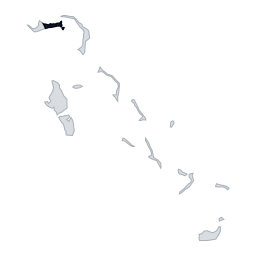 East Grand Bahama on a map of The Bahamas (Robinson projection)
{"feature_id": "BHS-5012", "entity_name": "East Grand Bahama", "entity_type": "District", "adm_level": 1, "iso_a3": "BHS", "parent_name": "The Bahamas", "parent_adm1": "", "projection": "robinson", "projection_center": [-78.023, 26.67], "detail": "fine", "context": "in_parent", "style": "filled", "palette": "ink", "viewbox_px": 256, "rotation_deg": 0, "n_neighbors": 0, "source": "natural_earth", "source_scale": "10m", "svg_char_len": 3810}
<svg xmlns="http://www.w3.org/2000/svg" viewBox="0 0 256 256"><path d="M66.9,99.2L66.9,103.7L67.2,107.1L66.9,108.3L63.4,110.6L62.5,111.8L59.2,113.1L57.2,114.9L56.2,112.0L54.3,110.2L54.0,107.2L52.5,108.2L50.4,107.6L46.8,105.3L44.6,102.1L47.7,101.6L48.4,103.5L50.8,101.2L50.3,99.9L49.8,99.7L49.0,97.4L52.7,91.3L53.5,87.3L51.9,81.0L53.4,80.6L57.6,82.8L59.5,85.0L59.5,88.0L61.3,90.3L63.8,95.9L66.9,99.2ZM69.7,116.3L69.8,117.2L66.6,119.6L68.9,121.3L71.1,117.6L72.8,120.6L73.8,126.2L73.6,127.1L73.8,128.0L74.2,129.0L74.2,130.6L72.5,135.5L66.1,135.0L65.9,130.9L64.9,130.1L63.5,124.2L61.5,122.3L58.7,117.5L60.3,116.2L62.4,116.6L63.5,116.0L66.5,115.6L68.3,114.9L69.7,116.3ZM220.3,231.1L219.2,233.8L215.8,239.1L208.2,240.4L199.7,240.6L199.1,239.2L198.9,237.9L199.5,236.0L199.4,235.2L199.0,234.4L202.1,233.6L204.1,231.1L207.3,230.7L211.3,232.4L213.5,232.5L216.7,230.6L219.2,226.5L220.7,227.1L220.3,231.1ZM83.6,54.2L82.9,54.6L80.1,50.8L77.9,49.7L81.4,47.1L82.9,44.8L82.9,39.8L83.7,37.1L83.4,34.7L84.2,32.3L83.1,29.6L80.2,27.4L74.4,18.9L65.2,16.8L60.5,16.7L63.1,15.4L65.5,15.5L69.2,16.3L73.6,16.7L76.3,19.3L78.9,22.6L81.3,23.9L82.2,24.8L82.1,25.8L82.5,26.7L85.6,28.2L88.7,30.7L89.6,38.1L85.4,41.6L84.7,52.3L83.6,54.2ZM42.8,23.3L46.7,24.4L48.8,24.3L50.1,23.5L55.8,23.8L60.5,22.7L61.2,24.7L61.0,25.7L51.2,26.7L42.1,29.6L37.1,31.6L34.8,31.9L33.0,30.8L27.0,24.8L28.6,25.4L33.0,28.8L35.8,28.2L38.3,25.9L38.7,24.2L38.4,23.4L39.5,20.7L42.8,23.3ZM102.2,69.9L107.5,74.1L112.1,75.7L117.0,81.0L119.1,82.9L119.5,84.6L118.7,92.5L117.6,97.2L117.8,101.3L116.6,100.1L115.4,97.4L113.5,95.8L112.9,95.0L116.3,94.8L116.6,90.6L118.3,87.2L118.0,83.7L114.0,79.8L111.2,76.4L107.0,75.4L103.1,72.0L100.8,71.6L98.0,72.2L99.0,70.1L99.7,67.5L100.2,67.0L102.2,69.9ZM161.0,167.2L160.8,168.2L156.7,160.7L151.5,158.8L148.6,157.0L149.2,156.0L151.2,155.6L151.5,153.2L150.7,150.6L147.9,145.4L146.4,141.9L145.7,141.1L145.5,138.1L148.7,142.7L150.1,146.8L152.2,150.7L153.7,157.6L157.8,159.9L160.8,163.2L161.0,167.2ZM181.7,192.7L179.4,193.9L179.9,191.9L184.3,188.6L186.6,185.7L188.0,184.7L188.5,183.9L190.4,182.8L191.3,181.0L191.1,179.4L189.1,176.9L189.1,175.2L189.8,173.9L193.1,173.3L192.2,175.2L193.6,180.6L189.2,187.2L185.4,189.3L181.7,192.7ZM145.6,118.2L145.9,120.1L143.7,119.7L140.5,120.5L139.3,120.5L140.1,119.2L142.3,117.4L142.4,115.7L139.6,113.3L136.4,107.3L134.9,105.8L134.2,103.6L131.5,101.1L132.1,99.8L132.6,99.5L134.4,100.1L138.6,108.8L138.8,109.7L145.6,118.2ZM219.4,184.7L221.4,185.2L222.5,185.2L226.3,186.3L228.5,187.8L229.0,188.5L227.8,189.9L224.4,187.2L221.4,186.9L217.2,187.0L215.5,186.5L216.6,183.7L219.4,184.7ZM186.4,173.6L187.1,174.3L185.1,175.8L180.4,173.9L179.4,174.1L178.4,172.1L178.1,170.6L178.3,169.3L181.1,170.3L182.6,172.2L186.4,173.6ZM79.7,87.7L76.1,88.4L73.5,87.7L72.8,87.0L73.9,86.0L76.4,85.1L80.3,85.1L82.0,86.1L82.3,86.5L79.7,87.7ZM134.2,146.3L132.9,146.6L130.5,145.6L124.8,141.0L122.2,140.6L123.0,138.0L125.0,138.9L129.6,142.9L131.3,144.8L134.2,146.3ZM174.1,123.1L171.5,127.2L170.2,126.9L170.9,121.8L172.7,120.9L173.4,121.0L174.1,123.1ZM223.8,219.3L219.4,221.1L219.0,219.0L221.2,217.2L223.8,219.3Z" fill="#d9dde1" stroke="#a8b0b8" stroke-width="1"/><path d="M43.4,23.9L44.6,24.4L45.3,24.2L46.8,24.6L48.4,24.9L49.5,24.9L49.9,24.2L50.6,23.9L51.6,24.4L52.2,24.5L53.3,24.0L54.9,24.2L55.9,23.9L56.9,23.4L57.5,23.3L59.6,23.3L60.1,23.0L60.4,22.6L60.6,22.1L60.9,21.7L61.4,21.5L61.5,22.2L61.3,23.0L61.2,23.7L61.8,25.1L61.8,25.8L61.5,26.4L61.0,26.7L60.7,26.6L60.2,26.1L59.9,25.9L59.5,25.8L57.4,25.9L55.5,26.4L51.0,27.3L49.3,27.3L45.5,28.3L44.4,25.8L43.4,23.9ZM63.4,28.1L63.5,27.9L63.9,27.6L64.0,27.7L63.7,28.1L63.6,28.3L63.6,28.5L63.4,28.7L63.3,29.1L63.1,29.5L62.9,29.5L62.8,29.4L62.8,29.2L62.3,28.7L62.2,28.3L62.1,28.0L62.3,27.9L63.2,27.7L63.4,27.9L63.1,28.3L63.3,28.2L63.4,28.1Z" fill="#0f172a" stroke="#020617" stroke-width="1.5"/></svg>